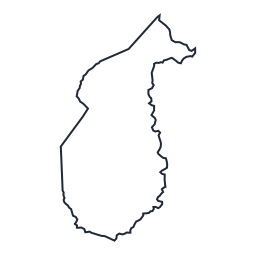 Arroio dos Ratos, Rio Grande do Sul, Brazil (Albers equal-area conic projection)
{"feature_id": "56859067B98518446358605", "entity_name": "Arroio dos Ratos", "entity_type": "district", "adm_level": 2, "iso_a3": "BRA", "parent_name": "Brazil", "parent_adm1": "Rio Grande do Sul", "projection": "albers", "projection_center": [-51.722, -30.177], "detail": "fine", "context": "isolated", "style": "outline", "palette": "slate", "viewbox_px": 256, "rotation_deg": 0, "n_neighbors": 0, "source": "geoboundaries", "source_scale": "gbopen_adm2", "svg_char_len": 2173}
<svg xmlns="http://www.w3.org/2000/svg" viewBox="0 0 256 256"><path d="M195.1,48.4L193.2,49.8L191.6,50.9L189.2,50.0L187.9,47.5L186.5,44.9L183.8,44.3L180.0,42.3L177.7,42.1L175.4,42.2L171.8,40.2L170.7,36.9L170.1,34.4L170.1,32.2L169.2,29.1L167.3,27.3L166.1,25.8L159.1,20.3L159.6,15.4L157.1,17.3L128.6,49.0L100.2,61.3L98.6,63.3L96.3,64.0L92.6,67.9L88.4,70.5L85.7,74.4L83.5,76.0L82.9,79.6L80.7,81.5L81.0,83.8L79.9,86.0L79.7,88.0L77.7,90.8L76.7,96.3L78.7,98.5L80.2,101.6L82.9,103.4L84.7,105.1L88.0,108.6L82.7,116.8L60.8,146.5L62.3,182.1L62.6,190.6L63.6,192.4L63.5,195.4L64.5,198.1L63.6,199.9L64.3,202.2L65.9,204.0L67.8,205.4L69.1,207.6L71.1,209.1L73.0,215.7L75.7,216.9L77.3,219.5L76.3,221.9L74.9,223.9L77.0,225.4L76.9,227.7L78.7,227.8L81.1,227.5L82.7,228.2L84.4,229.2L85.3,232.2L87.0,232.1L89.5,231.6L91.7,232.9L94.5,233.7L98.0,234.8L101.7,235.9L104.0,236.0L105.7,236.5L114.5,240.6L116.4,238.4L116.8,235.2L119.3,233.6L122.4,234.4L124.2,234.0L126.7,232.5L128.4,232.7L130.4,232.7L130.3,230.2L131.4,228.1L133.4,227.0L134.4,224.6L136.1,221.6L137.9,220.8L140.3,219.5L143.2,215.6L143.2,213.5L146.3,213.3L148.9,212.9L150.5,211.3L152.4,211.1L153.8,208.9L153.4,207.0L155.5,206.9L158.2,208.1L159.8,207.2L162.2,204.1L162.1,201.8L160.2,201.4L158.3,200.9L157.0,199.3L157.9,197.2L159.7,195.8L161.2,193.8L163.1,192.0L161.9,189.2L163.6,187.7L165.5,186.8L165.1,184.9L164.9,182.3L164.6,179.9L164.7,177.2L164.7,174.5L162.1,173.9L160.3,172.2L161.9,170.7L164.6,169.2L167.0,167.7L167.2,164.5L166.7,161.2L165.8,158.2L163.5,158.0L161.7,156.8L160.0,155.3L158.5,154.1L157.7,152.3L159.1,150.1L160.6,147.2L161.0,143.8L160.4,141.0L159.6,138.8L158.6,135.2L160.1,132.6L158.3,130.8L155.6,131.5L153.3,130.6L151.9,127.3L154.7,124.2L155.7,120.0L154.8,117.9L151.5,115.2L154.1,110.4L154.1,105.9L151.5,105.1L149.1,103.3L151.5,101.4L151.2,98.1L149.8,97.0L148.4,94.1L148.4,90.0L152.0,88.2L153.7,85.1L152.2,83.0L152.6,80.8L152.3,77.8L151.7,72.9L154.2,65.9L154.1,63.8L156.3,62.7L158.9,62.9L160.9,62.2L162.6,62.6L163.9,60.4L166.8,59.7L168.9,58.8L171.9,57.8L175.9,60.7L178.2,62.7L180.8,63.3L182.2,60.4L183.8,58.5L186.2,56.9L190.5,56.1L192.2,56.6L195.2,52.9L195.1,48.4Z" fill="none" stroke="#1e293b" stroke-width="2"/></svg>